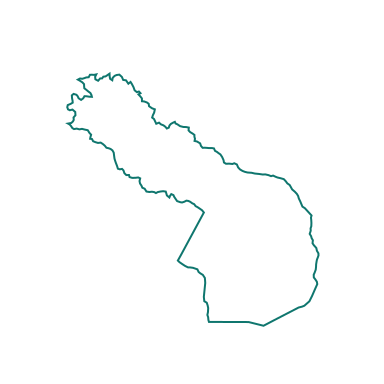 outline of Belo Campo, Bahia, Brazil, rotated 317°
{"feature_id": "56859067B86172469264415", "entity_name": "Belo Campo", "entity_type": "district", "adm_level": 2, "iso_a3": "BRA", "parent_name": "Brazil", "parent_adm1": "Bahia", "projection": "mercator", "projection_center": [-41.2, -14.961], "detail": "fine", "context": "isolated", "style": "outline", "palette": "teal", "viewbox_px": 384, "rotation_deg": 317, "n_neighbors": 0, "source": "geoboundaries", "source_scale": "gbopen_adm2", "svg_char_len": 3737}
<svg xmlns="http://www.w3.org/2000/svg" viewBox="0 0 384 384"><g transform="rotate(317 192 192)"><path d="M185.2,32.0L185.8,33.8L186.6,37.0L186.6,39.5L185.3,41.0L184.0,42.7L184.4,45.1L184.7,47.6L185.2,50.3L184.6,52.5L183.7,54.1L181.9,52.3L180.2,50.1L178.7,48.6L176.3,49.3L173.7,49.0L173.0,46.1L173.7,44.0L173.8,42.1L172.3,39.5L170.0,39.4L168.3,41.5L166.9,43.8L165.7,45.3L163.4,44.8L160.4,43.7L158.6,44.9L157.7,47.0L158.4,48.9L160.8,50.2L161.2,53.8L159.1,56.4L156.2,56.7L154.7,58.6L153.0,59.2L150.8,59.2L148.0,57.4L148.6,59.3L148.5,61.4L148.1,63.6L148.6,65.5L150.9,67.0L152.4,69.4L154.6,70.8L156.2,73.3L157.9,75.7L157.3,78.8L157.3,81.3L155.6,82.3L153.8,83.6L155.0,85.1L154.3,87.4L155.3,89.6L156.7,92.0L158.9,93.6L159.5,96.0L159.8,98.6L159.6,101.3L160.9,103.2L161.8,105.0L162.2,107.3L161.6,109.8L159.8,112.3L158.1,114.7L157.2,116.5L156.2,118.7L155.0,121.7L153.7,124.4L154.7,126.2L156.6,127.4L156.6,129.5L155.4,132.1L155.5,134.8L157.5,136.6L156.5,138.5L157.9,140.9L160.4,143.1L162.6,144.7L163.4,146.7L161.1,148.2L159.8,150.3L159.4,152.8L158.6,155.0L159.6,157.3L159.0,160.6L160.8,162.9L162.9,164.5L164.3,166.3L164.9,168.2L166.9,168.7L169.2,170.1L171.4,171.7L173.1,173.8L171.3,177.4L171.7,180.6L173.4,179.8L175.4,179.4L176.3,181.6L175.7,183.4L175.3,185.8L174.9,188.5L176.5,191.5L177.6,192.9L179.8,193.9L182.0,194.5L183.2,196.0L184.0,197.9L184.5,200.5L185.3,202.4L185.0,204.8L185.7,206.8L186.4,209.8L186.9,212.2L186.7,215.1L141.7,230.3L134.9,232.5L135.0,234.8L135.7,238.0L136.5,241.3L137.7,244.5L139.2,245.9L141.0,248.1L143.2,252.2L142.3,255.0L142.6,257.1L143.4,260.0L142.8,263.6L141.0,265.9L139.6,267.6L129.1,276.8L126.5,280.3L127.3,283.0L126.1,285.6L124.7,287.9L121.8,290.7L119.4,292.4L118.4,294.6L116.7,296.8L115.8,298.6L144.7,325.7L153.1,338.6L164.4,341.7L191.2,349.2L194.3,350.9L196.6,351.8L203.3,352.0L208.7,350.0L214.9,347.3L220.8,344.8L222.1,342.8L222.6,340.0L222.8,337.6L224.6,335.5L226.7,334.6L229.5,333.2L231.6,331.4L233.4,329.6L235.7,327.8L237.2,326.7L239.3,325.7L241.2,324.7L242.6,323.1L243.3,320.1L244.7,317.8L244.8,315.9L244.8,314.1L245.2,311.7L247.5,309.7L248.0,307.4L249.0,305.5L249.5,302.9L252.4,301.3L253.9,299.5L255.9,298.4L258.2,296.1L260.2,293.7L261.5,291.9L263.4,290.7L263.5,280.8L262.8,278.0L263.9,275.0L264.8,272.6L265.7,269.6L266.9,267.3L267.4,264.9L267.4,261.9L267.0,258.4L267.7,255.6L268.2,253.5L267.6,250.7L267.9,248.1L267.9,245.2L266.1,242.2L264.4,239.7L263.5,237.8L262.5,235.3L260.6,234.3L259.5,231.9L257.6,229.1L255.7,227.5L253.3,224.5L250.5,221.3L248.7,218.6L247.2,217.0L245.9,215.6L244.4,213.3L243.3,211.0L242.5,208.2L242.5,205.5L243.6,202.5L242.5,199.8L240.7,199.1L238.6,196.7L236.1,194.5L235.5,192.2L236.8,190.2L237.9,187.0L238.4,183.9L237.9,181.6L237.6,179.7L236.9,177.6L237.8,175.1L236.5,173.4L234.4,171.5L233.0,169.9L231.6,168.4L229.9,166.9L230.0,164.4L231.1,162.0L230.1,158.5L228.7,156.4L230.5,155.1L231.4,153.3L232.7,151.9L232.3,149.7L231.5,146.9L231.5,144.6L233.6,142.7L232.0,140.5L230.0,138.5L228.2,135.7L227.5,132.6L226.7,130.7L227.3,129.0L225.5,128.4L223.0,127.8L220.9,128.0L218.9,129.1L216.9,128.4L217.0,126.1L216.6,123.8L215.4,121.3L215.2,118.8L212.4,117.7L213.1,115.5L214.0,112.7L213.6,110.4L215.7,109.2L218.5,108.1L221.2,106.2L219.9,103.6L219.1,100.0L220.5,97.9L220.1,95.8L218.8,93.2L217.3,91.5L219.2,89.4L219.4,86.7L219.4,84.1L221.7,84.6L221.7,82.3L219.8,81.4L219.4,78.5L220.7,75.5L221.7,71.9L222.1,69.6L219.3,69.4L219.9,65.3L218.1,63.1L219.2,60.0L218.9,56.6L216.6,55.0L214.6,54.3L211.9,54.4L209.9,55.9L209.3,53.4L210.6,51.3L212.4,49.2L209.5,48.8L207.6,48.5L205.8,47.2L203.7,47.6L202.3,46.3L199.2,46.6L198.2,43.7L199.7,41.7L202.2,40.7L200.2,39.5L198.7,37.9L197.3,36.7L194.7,37.6L192.8,36.1L190.9,35.3L189.0,34.4L187.5,32.6L185.2,32.0Z" fill="none" stroke="#0f766e" stroke-width="2"/></g></svg>